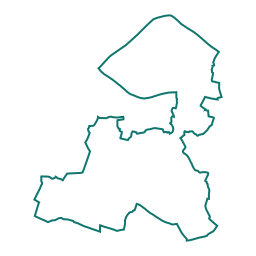 Long Ho, Vĩnh Long, Vietnam
{"feature_id": "81297802B86807381296423", "entity_name": "Long Ho", "entity_type": "district", "adm_level": 2, "iso_a3": "VNM", "parent_name": "Vietnam", "parent_adm1": "Vĩnh Long", "projection": "mercator", "projection_center": [105.971, 10.232], "detail": "fine", "context": "isolated", "style": "outline", "palette": "teal", "viewbox_px": 256, "rotation_deg": 0, "n_neighbors": 0, "source": "geoboundaries", "source_scale": "gbopen_adm2", "svg_char_len": 5904}
<svg xmlns="http://www.w3.org/2000/svg" viewBox="0 0 256 256"><path d="M98.5,68.3L100.1,70.3L101.1,71.5L103.6,73.7L104.4,74.3L108.2,76.7L112.7,79.8L116.6,82.8L118.3,84.3L119.6,85.2L124.9,89.7L127.1,91.8L128.7,93.0L130.3,94.1L131.3,94.5L132.9,95.0L137.1,96.8L139.6,97.7L143.0,98.4L144.1,98.5L145.3,98.4L145.8,98.2L149.3,97.7L151.5,97.2L159.9,94.5L161.7,94.0L167.5,92.8L168.4,92.6L169.1,92.6L173.3,92.3L174.2,92.4L176.3,92.2L176.4,97.7L176.5,98.2L177.0,99.0L176.8,100.4L176.8,101.5L177.1,102.6L176.6,104.2L176.3,106.5L176.0,107.6L175.7,108.3L174.0,107.9L173.5,107.8L173.2,107.9L172.8,108.1L172.3,108.8L171.9,109.6L171.7,110.5L171.7,111.1L171.7,111.4L172.2,112.2L173.3,114.9L173.6,115.4L173.9,116.2L173.9,116.8L173.0,116.4L172.6,116.3L172.2,116.5L171.5,117.4L171.4,117.6L171.3,118.0L171.4,121.9L171.0,122.6L170.1,123.2L170.7,124.0L171.4,124.5L171.9,125.2L172.6,126.3L173.0,127.5L173.3,128.6L173.3,129.2L173.0,129.9L172.7,131.7L172.2,132.2L171.6,132.7L170.7,133.1L169.8,133.7L168.9,132.1L167.2,132.6L166.6,131.9L164.3,132.2L163.9,132.2L163.5,131.7L163.0,129.9L162.6,129.3L161.9,129.1L156.9,128.4L155.2,128.1L153.8,128.2L149.7,129.3L147.1,129.6L146.4,129.9L146.0,130.2L145.0,131.3L144.7,131.9L144.2,132.4L139.6,133.2L137.6,133.7L136.9,133.6L136.6,133.3L136.5,132.5L136.2,132.3L135.8,132.1L132.7,131.4L131.6,133.1L131.5,133.8L131.2,136.0L131.0,136.6L130.4,137.2L129.1,138.3L128.4,139.2L127.9,140.1L120.6,138.4L120.4,138.3L120.4,137.8L120.7,136.7L121.0,135.9L121.8,133.0L121.7,131.7L120.4,131.3L120.0,131.1L119.7,130.8L119.6,130.2L119.9,129.3L119.8,128.8L118.7,128.6L117.7,126.9L117.4,126.2L117.4,121.1L117.5,120.2L123.1,119.4L123.4,119.3L123.5,118.2L123.2,116.8L117.5,117.5L113.7,117.3L112.9,117.2L111.2,116.7L109.9,116.8L108.5,117.1L108.0,117.5L106.6,118.1L106.0,118.2L99.9,118.0L99.3,117.8L98.0,116.9L97.9,118.1L97.1,120.2L95.3,123.4L94.3,125.0L93.7,125.6L93.4,125.7L89.2,126.1L89.1,127.0L88.8,127.9L88.3,128.5L88.1,128.9L88.0,129.1L88.2,130.0L88.5,131.2L88.9,131.9L89.3,132.4L89.7,132.9L89.6,133.2L88.1,137.2L86.3,141.0L85.3,142.4L86.1,144.1L87.8,147.8L90.0,151.4L89.4,153.2L86.3,162.3L85.0,165.8L84.1,168.6L82.6,172.4L82.4,172.6L80.2,172.9L67.2,173.6L65.6,175.8L65.0,176.6L62.7,180.3L61.2,179.3L60.5,178.9L58.8,178.6L57.9,178.4L57.0,177.8L56.1,176.9L55.7,176.7L55.6,177.1L55.1,177.6L53.0,178.6L52.5,178.8L51.6,178.5L50.7,177.9L49.7,177.0L49.1,176.8L47.8,176.6L41.4,176.4L41.3,176.6L41.3,178.9L41.3,181.2L41.4,181.5L41.6,181.9L42.2,182.8L42.1,183.8L41.7,184.3L39.8,188.7L35.5,197.3L34.4,199.6L39.1,202.4L38.8,202.9L34.8,216.0L39.3,218.2L44.9,220.6L47.8,222.1L48.0,222.1L49.9,221.3L50.7,221.2L51.5,220.5L52.7,220.3L54.2,220.3L55.0,220.2L55.5,220.0L57.9,218.7L58.5,218.4L59.6,218.1L60.5,217.9L61.4,218.0L63.4,219.1L64.2,219.3L66.6,219.3L67.9,219.5L73.0,220.9L73.7,221.4L74.1,222.2L76.4,222.8L77.7,223.2L82.1,225.3L84.9,226.5L87.8,227.4L91.6,228.8L97.0,230.6L100.0,231.7L100.0,227.4L100.1,225.3L104.4,226.8L111.0,228.7L114.6,229.9L116.4,230.7L116.7,230.8L117.6,230.8L118.2,230.6L119.3,230.3L122.5,229.7L123.8,229.6L125.0,224.4L125.1,222.8L124.9,220.6L126.1,217.0L127.8,214.4L128.9,213.4L129.1,212.9L129.6,212.7L129.9,212.3L130.1,212.2L131.5,212.1L132.0,211.9L132.7,211.5L133.3,210.5L133.5,210.3L134.4,210.3L134.6,210.2L135.1,209.0L136.7,203.9L138.6,204.5L139.9,205.1L141.4,206.1L143.6,207.8L144.5,208.4L146.2,209.9L150.4,213.2L152.4,214.2L156.2,216.8L160.3,219.4L161.6,220.3L162.9,221.0L165.6,222.2L166.8,222.6L168.7,223.1L172.2,224.5L173.2,224.4L174.3,224.3L175.5,224.0L176.9,223.9L178.9,227.8L179.3,228.3L181.5,232.6L184.1,236.0L186.6,238.7L186.7,240.6L189.3,240.3L192.7,239.5L199.8,237.5L204.2,236.6L206.9,235.8L207.4,235.1L208.0,234.4L209.2,233.6L209.8,233.2L213.3,231.3L214.5,229.8L217.2,225.8L210.4,220.0L209.3,218.7L209.1,218.2L209.8,217.3L209.8,216.8L209.7,216.3L209.5,215.7L208.2,213.5L207.9,212.6L207.3,211.5L206.6,210.3L205.7,207.7L205.3,205.7L207.4,198.7L208.9,198.9L208.9,194.5L209.3,190.6L209.3,189.8L208.0,186.9L207.8,186.2L207.7,184.6L207.6,184.0L206.9,183.5L206.8,182.2L205.3,181.1L205.2,180.8L206.7,177.4L207.4,176.0L208.1,174.4L208.2,173.8L208.2,173.2L208.0,172.9L207.2,172.5L205.0,172.1L202.8,172.1L201.4,172.4L200.2,172.6L199.5,172.5L198.2,171.2L197.4,170.7L195.4,170.3L195.0,170.1L193.4,167.6L192.1,164.8L191.6,163.5L190.5,161.6L189.4,159.2L188.1,156.8L186.9,155.3L186.2,154.7L183.8,153.1L183.0,152.0L182.9,151.2L183.1,150.6L183.4,150.0L185.1,148.1L185.3,147.6L185.3,146.9L185.3,146.5L184.6,145.2L182.1,140.6L181.0,138.8L180.4,138.1L182.5,136.5L182.6,136.1L182.9,135.9L184.4,135.1L184.4,134.5L184.3,132.3L184.6,131.4L184.9,131.2L186.4,132.0L187.5,131.9L187.8,132.0L188.1,132.2L188.4,132.2L188.7,132.2L189.4,131.5L189.8,131.4L190.9,131.5L191.4,131.4L191.8,131.3L192.1,131.3L192.8,131.7L194.1,133.4L195.1,134.0L195.9,134.3L196.3,134.7L197.0,135.5L197.3,135.7L198.0,135.7L199.3,134.7L200.6,134.6L201.1,134.4L201.7,134.1L202.4,134.0L202.9,134.2L206.1,131.2L207.3,130.0L209.5,126.7L210.1,125.9L211.3,125.4L211.5,125.3L211.8,124.8L212.1,123.5L213.9,118.1L213.8,117.7L212.6,117.2L209.5,116.6L208.6,116.3L208.1,110.6L206.2,110.4L205.9,110.0L205.8,109.5L205.6,109.5L204.9,109.8L205.1,109.2L204.9,109.0L201.4,106.5L200.7,105.8L200.6,105.4L202.5,102.1L203.2,100.7L205.1,96.9L207.2,97.5L211.8,98.6L214.0,98.9L215.3,99.2L217.5,99.5L217.3,98.8L217.6,98.1L218.0,97.9L221.6,97.0L220.3,92.9L219.1,88.7L219.2,82.9L215.9,82.2L214.9,81.8L213.7,81.6L212.4,81.5L212.1,81.1L211.7,79.9L212.6,76.0L213.0,73.2L213.0,72.9L212.8,72.8L212.3,72.5L212.0,72.1L212.0,71.0L211.6,69.5L212.0,68.7L212.5,67.1L212.6,66.2L212.5,65.8L213.6,65.6L214.1,65.3L213.9,64.2L213.2,62.4L213.8,61.4L213.9,60.3L215.2,57.4L218.8,51.9L216.1,49.8L211.6,46.9L206.8,43.0L198.8,35.9L193.3,31.7L187.5,28.2L181.1,23.9L178.2,21.0L174.1,17.5L171.7,15.9L170.2,15.4L168.8,15.4L165.0,15.8L156.8,17.9L153.2,19.4L145.7,26.4L136.9,35.2L125.9,45.1L111.0,55.4L108.6,57.6L102.1,64.7L99.4,67.6L98.5,68.3Z" fill="none" stroke="#0f766e" stroke-width="2"/></svg>